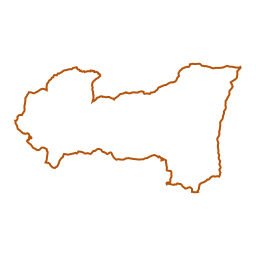 Sativanorte, Boyacá, Colombia (Mercator projection)
{"feature_id": "7082276B25925183447781", "entity_name": "Sativanorte", "entity_type": "district", "adm_level": 2, "iso_a3": "COL", "parent_name": "Colombia", "parent_adm1": "Boyacá", "projection": "mercator", "projection_center": [-72.738, 6.126], "detail": "fine", "context": "isolated", "style": "outline", "palette": "amber", "viewbox_px": 256, "rotation_deg": 0, "n_neighbors": 0, "source": "geoboundaries", "source_scale": "gbopen_adm2", "svg_char_len": 5677}
<svg xmlns="http://www.w3.org/2000/svg" viewBox="0 0 256 256"><path d="M240.3,67.0L239.2,67.7L238.5,67.8L237.6,67.5L235.7,67.5L231.6,66.7L229.2,66.6L227.5,65.9L226.7,66.0L223.1,67.5L219.7,67.9L215.5,67.9L213.8,68.3L213.1,68.3L211.4,67.9L209.9,67.0L207.6,66.6L206.7,66.2L205.5,66.1L204.8,66.3L203.4,65.8L202.0,65.8L200.2,64.1L199.0,63.7L195.0,64.1L192.4,63.8L189.9,64.3L189.8,65.4L189.2,66.6L188.1,67.0L187.3,66.8L186.4,66.9L185.4,67.4L184.6,67.5L183.9,68.0L182.1,68.6L181.7,69.4L180.2,70.4L178.7,72.7L178.5,73.5L178.5,74.2L179.0,75.7L178.9,76.2L177.3,77.8L176.4,80.1L175.3,81.5L172.6,82.5L172.1,82.3L170.6,82.4L168.6,83.4L166.2,84.9L163.6,85.4L162.3,86.1L161.0,86.5L160.2,87.0L158.8,87.4L158.1,88.2L157.2,89.8L156.9,90.2L155.8,90.7L154.7,91.9L152.3,92.5L150.7,92.6L150.2,93.7L149.9,93.9L149.1,93.8L147.5,93.4L144.4,93.8L144.1,93.6L143.5,92.5L143.5,91.8L141.4,91.3L138.9,91.9L137.9,92.6L135.2,92.5L134.2,92.3L132.0,92.6L131.3,92.7L130.6,93.2L130.0,93.3L128.4,93.3L127.5,92.8L126.8,92.9L126.3,92.4L125.6,92.3L124.6,93.0L123.9,93.1L123.2,93.6L122.1,93.7L120.2,94.1L118.1,96.2L114.9,98.4L114.1,99.5L113.7,98.9L113.2,98.6L112.3,98.5L111.4,98.2L109.2,97.0L108.1,96.9L106.0,97.3L103.6,96.7L102.5,96.9L102.1,96.4L101.4,96.2L100.5,96.4L98.7,97.4L97.7,97.5L97.2,97.7L96.8,98.1L96.4,99.1L95.9,99.3L94.5,100.7L93.8,101.1L93.0,101.0L92.7,101.3L93.6,97.8L93.4,97.1L93.6,95.2L93.1,94.7L93.1,91.6L92.3,89.9L92.3,89.0L92.7,87.6L92.1,85.9L92.1,84.2L92.7,82.4L93.3,81.5L96.0,79.0L97.9,78.0L100.3,75.9L100.0,74.6L99.3,74.4L98.9,73.9L98.2,73.7L98.1,73.4L98.5,73.2L98.0,72.6L96.3,71.9L94.4,72.1L94.3,71.2L94.0,70.9L92.9,71.1L92.4,70.7L90.7,70.5L90.5,71.3L88.8,71.2L88.4,71.3L87.8,71.1L86.3,71.7L85.2,71.6L84.7,72.0L84.5,71.6L83.9,71.2L82.5,71.7L81.3,71.2L80.1,71.1L80.0,70.9L80.2,70.6L79.8,70.6L79.0,69.5L78.0,69.5L77.7,69.3L77.1,68.4L77.0,67.9L76.7,67.7L76.6,67.3L73.8,67.8L72.7,68.2L72.1,69.0L71.4,69.3L69.8,69.2L68.5,69.4L67.5,69.8L63.7,70.6L62.2,71.8L59.4,73.5L58.9,73.7L58.2,73.4L57.8,73.5L56.8,75.3L56.0,75.3L54.6,75.0L54.2,75.2L53.6,76.0L53.3,77.3L52.8,77.3L51.7,77.9L51.0,79.4L49.2,80.5L48.1,82.7L47.5,83.1L47.1,83.7L46.5,87.0L46.7,88.4L46.7,90.2L45.2,89.4L43.6,88.9L42.5,88.8L40.8,89.3L38.0,91.3L34.1,93.3L33.2,93.2L31.5,92.5L28.9,92.2L28.4,93.4L27.4,94.7L26.5,96.6L25.4,98.0L25.3,101.5L24.4,106.5L24.6,110.3L24.5,111.0L23.7,111.9L23.3,112.9L22.6,113.6L22.0,115.0L19.9,115.0L18.8,115.3L18.3,116.0L17.6,116.5L17.4,116.8L17.6,117.6L17.4,119.0L16.9,120.0L16.3,120.6L15.4,120.7L15.6,121.0L15.4,122.9L17.0,125.8L17.8,129.0L18.9,129.6L22.9,133.2L23.8,133.5L24.5,133.4L24.9,133.8L27.8,133.3L27.9,133.6L28.8,134.1L29.1,134.9L30.1,136.5L31.3,137.4L31.4,138.1L31.0,138.4L30.0,137.6L29.6,136.9L29.2,136.9L28.9,138.0L29.0,139.7L27.7,139.9L27.0,141.0L28.6,143.0L31.0,144.7L33.0,147.7L34.4,148.5L35.6,148.9L36.5,149.8L37.2,149.8L38.2,150.2L38.9,150.0L39.9,149.4L41.1,148.1L41.6,147.8L42.9,147.5L44.7,148.0L46.7,149.2L46.9,149.6L46.8,150.4L46.9,151.0L47.7,152.0L46.6,160.2L45.6,162.5L48.2,162.9L49.6,163.6L50.8,165.8L52.6,167.4L53.3,167.6L54.0,167.9L54.9,168.0L55.6,167.2L56.3,167.0L57.2,166.4L58.4,164.2L59.6,160.7L61.3,158.2L62.8,157.2L63.8,154.2L64.1,153.9L68.0,154.7L73.8,153.4L75.5,152.8L76.4,153.5L76.8,153.5L77.3,153.2L78.4,151.5L78.8,151.4L79.4,151.7L80.5,151.7L83.3,152.5L84.4,153.4L85.5,153.5L87.8,153.2L90.5,154.0L91.6,153.1L93.4,151.0L93.8,150.9L94.5,151.1L94.9,151.0L97.4,149.1L98.1,148.9L99.2,149.0L101.0,149.6L101.5,150.1L102.1,151.3L102.6,151.8L104.0,152.1L105.7,152.9L106.5,153.7L107.2,154.1L108.2,153.6L109.7,152.5L110.9,152.5L111.7,153.4L112.3,155.1L112.9,155.9L113.5,157.1L114.8,158.5L116.3,159.7L118.3,159.2L121.2,159.6L123.7,159.6L126.1,158.3L127.1,158.4L128.5,158.0L129.6,158.4L131.7,158.6L132.9,158.9L139.4,159.6L140.9,159.3L143.2,159.3L145.5,158.2L147.4,158.1L148.5,157.2L152.1,155.6L154.5,155.0L157.5,156.4L158.3,157.3L159.2,156.4L159.5,156.4L160.4,157.7L161.2,158.2L161.7,158.2L161.5,160.4L163.0,159.9L163.2,159.5L163.0,158.9L165.7,160.1L166.0,160.7L165.9,163.0L166.5,164.1L166.4,165.6L166.9,167.2L166.7,169.6L166.8,170.3L168.0,170.7L170.8,171.0L171.2,171.7L171.4,172.3L171.3,174.1L171.6,176.1L171.3,177.2L170.3,179.2L170.3,179.9L170.5,180.8L170.1,181.5L170.2,182.0L170.0,182.6L169.0,182.4L168.4,182.6L167.4,182.5L166.9,182.7L166.5,183.4L166.8,184.2L167.4,183.7L168.1,183.6L173.6,184.9L174.6,184.4L176.1,184.6L177.2,183.5L177.5,183.4L178.9,183.9L180.4,184.0L181.5,184.6L182.7,186.5L184.9,188.1L185.3,188.6L186.7,188.3L189.5,187.2L190.5,187.5L191.9,188.8L192.1,190.4L192.0,191.9L193.0,191.9L193.7,192.2L194.5,192.2L195.0,192.3L196.7,192.2L197.3,192.0L197.9,192.1L198.1,192.0L197.7,191.1L198.3,190.2L198.9,188.8L199.0,187.1L199.3,186.5L199.4,185.0L199.9,184.1L200.3,184.0L201.2,183.1L203.8,182.2L205.0,181.6L206.6,180.5L207.3,179.5L208.1,179.6L208.8,179.5L209.3,179.1L210.4,177.6L212.3,176.4L213.3,176.2L214.6,176.6L217.8,176.2L219.2,176.6L220.0,174.6L220.1,173.5L220.5,172.5L219.6,170.9L219.4,169.6L219.6,169.0L220.4,168.4L220.6,167.3L220.2,166.0L219.5,164.9L219.4,164.0L220.2,161.2L219.0,159.2L218.7,158.0L218.7,157.2L219.1,156.1L219.2,155.4L219.1,154.6L218.2,153.0L218.5,150.4L217.8,146.8L218.0,145.8L217.9,145.0L218.4,142.9L217.6,141.0L217.2,138.7L218.9,136.0L219.2,135.2L219.4,133.3L219.1,131.6L219.8,129.7L219.9,127.7L220.3,125.6L220.2,122.8L220.5,121.8L221.1,120.7L222.4,119.2L222.8,117.9L223.0,115.9L224.0,113.5L224.0,111.3L225.1,109.8L225.7,108.7L225.8,106.8L225.4,105.0L225.6,103.4L225.6,101.2L225.8,100.6L226.9,99.5L227.4,98.0L229.3,94.7L229.5,93.6L229.3,91.8L229.5,90.9L231.8,88.2L232.7,86.7L231.7,83.9L230.8,82.6L230.7,82.2L234.6,79.8L236.7,78.1L237.4,74.4L237.2,71.5L239.5,68.8L240.4,68.2L240.6,67.7L240.3,67.0Z" fill="none" stroke="#b45309" stroke-width="2"/></svg>